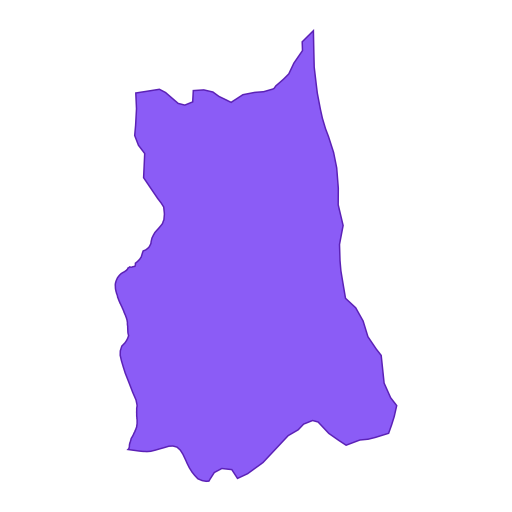 As Sawd, Hajjah, Yemen
{"feature_id": "15242507B88487972581206", "entity_name": "As Sawd", "entity_type": "district", "adm_level": 2, "iso_a3": "YEM", "parent_name": "Yemen", "parent_adm1": "Hajjah", "projection": "equal_earth", "projection_center": [43.734, 15.824], "detail": "fine", "context": "isolated", "style": "filled", "palette": "violet", "viewbox_px": 512, "rotation_deg": 0, "n_neighbors": 0, "source": "geoboundaries", "source_scale": "gbopen_adm2", "svg_char_len": 4088}
<svg xmlns="http://www.w3.org/2000/svg" viewBox="0 0 512 512"><path d="M138.7,145.6L144.4,153.1L144.6,153.4L144.7,153.5L144.1,167.0L143.6,177.7L157.7,198.5L161.1,202.9L163.7,207.0L164.3,212.7L164.4,214.3L163.9,219.9L163.2,221.4L162.8,222.8L162.2,224.0L161.0,225.5L160.0,226.7L158.9,228.0L156.3,230.9L154.9,232.5L153.3,235.3L152.0,238.0L151.2,241.2L150.9,243.5L150.2,245.0L149.2,246.9L147.8,248.3L145.6,250.0L143.2,250.9L142.6,252.5L141.2,257.1L141.0,257.3L139.8,259.1L138.3,260.7L136.7,262.2L135.4,263.2L135.4,264.8L134.9,266.4L132.8,266.7L131.8,267.2L130.8,267.2L129.7,266.9L128.8,267.7L128.1,267.9L127.9,268.4L127.6,268.8L127.4,269.4L126.7,269.9L126.4,270.5L125.9,270.6L124.8,271.5L124.2,271.9L123.8,272.0L123.3,272.4L122.9,272.5L122.1,273.0L121.5,273.4L121.1,273.6L120.7,274.1L120.1,274.6L119.8,274.9L119.3,275.5L119.0,275.8L118.7,276.2L118.1,277.0L117.7,277.5L117.3,278.2L117.2,278.4L117.0,278.9L116.8,279.4L116.4,280.2L116.2,280.8L115.9,281.5L115.8,282.2L115.5,282.9L115.4,283.7L115.3,284.3L115.3,285.2L115.3,285.8L115.4,286.9L115.4,288.1L115.5,288.6L115.6,289.6L115.9,290.7L116.0,291.4L116.3,292.2L116.4,292.9L116.6,293.4L116.7,293.8L117.1,294.7L117.4,295.8L117.6,296.7L117.6,297.1L117.8,297.6L118.0,298.1L118.3,298.6L118.5,299.5L118.8,300.1L119.1,300.9L119.3,301.4L119.7,302.2L119.8,302.6L120.0,303.1L120.6,304.1L120.8,304.6L121.0,305.1L121.5,306.1L121.9,306.9L122.2,307.6L122.5,308.4L123.0,309.4L123.3,310.1L123.6,310.9L123.9,311.5L124.1,312.4L124.3,312.7L124.5,313.2L125.0,314.4L125.4,315.2L125.6,315.7L125.7,316.1L126.1,317.2L126.4,317.7L126.5,318.4L126.7,319.0L126.9,319.5L127.1,320.5L127.2,321.3L127.4,322.0L127.4,323.1L127.4,324.3L127.5,325.2L127.6,325.7L127.7,326.3L127.7,327.1L127.7,327.7L127.9,332.1L128.0,333.1L128.3,334.4L128.6,335.8L127.5,338.7L126.3,340.9L125.0,342.8L121.8,346.1L120.3,350.9L120.2,355.3L121.4,360.6L123.3,367.0L124.5,370.8L125.2,373.0L125.3,373.3L128.7,381.9L132.7,392.3L136.0,399.9L136.9,404.2L137.1,405.8L137.1,406.2L136.9,406.8L136.8,407.7L136.7,408.3L136.7,409.1L136.7,409.7L136.7,410.5L136.7,411.3L136.6,412.1L136.7,412.8L136.7,413.5L136.7,414.2L136.7,415.4L136.7,416.0L136.8,416.8L136.9,417.6L136.9,418.6L137.1,419.7L137.1,420.8L137.1,421.8L137.1,422.4L137.1,423.3L137.1,423.9L136.9,424.8L136.9,425.4L136.7,425.9L136.7,426.7L136.6,427.2L136.3,427.8L136.1,428.3L135.8,429.3L135.4,430.1L135.1,430.6L135.0,431.5L134.7,431.9L134.3,432.5L134.1,433.0L133.8,433.6L133.6,434.2L133.4,434.6L133.1,435.2L132.7,435.9L132.5,436.5L132.1,436.9L131.9,437.4L131.6,437.8L131.3,438.3L131.1,438.8L130.9,439.6L130.8,440.3L130.5,441.0L130.3,442.0L130.0,442.4L129.8,443.4L129.6,443.9L129.5,444.6L129.4,445.3L129.4,446.4L129.1,447.8L128.7,448.8L128.0,449.5L138.2,450.9L140.7,451.2L142.6,451.4L145.9,451.5L146.7,451.6L150.6,451.3L155.1,450.2L159.2,449.0L164.2,447.6L168.9,446.2L170.7,446.1L172.9,446.0L177.0,447.1L180.3,450.1L182.9,454.2L184.9,458.4L186.1,461.0L187.1,463.3L189.3,467.7L191.5,471.2L191.9,471.9L194.7,475.4L197.9,478.8L202.2,480.6L206.2,481.3L208.9,481.1L210.0,479.2L214.3,472.5L221.8,468.5L231.8,469.6L237.5,478.4L247.6,473.7L263.0,462.5L288.2,435.6L298.2,429.8L303.6,424.1L312.6,420.5L318.1,422.0L328.8,433.4L335.5,438.1L338.8,440.4L346.1,445.2L359.9,440.0L368.2,439.2L375.4,437.4L388.6,433.3L391.6,424.9L394.2,416.6L396.7,405.6L390.6,397.7L384.1,383.1L381.2,355.5L381.1,355.3L376.2,349.0L367.9,336.7L363.1,321.0L359.5,314.6L355.7,307.8L345.5,298.3L343.5,286.5L340.9,270.9L340.0,260.6L339.5,244.4L343.1,225.5L338.2,204.8L338.3,188.2L336.7,167.9L333.6,152.5L328.5,136.6L325.5,128.7L322.4,118.3L320.4,109.3L317.3,93.1L316.2,84.1L314.2,67.1L313.8,50.7L313.4,30.7L302.2,41.8L302.5,50.6L293.9,63.1L288.8,73.9L283.5,79.2L277.9,84.1L275.9,85.8L274.0,88.5L272.0,89.4L271.9,89.3L263.7,91.7L254.7,92.4L242.9,94.7L231.8,101.9L231.2,102.4L218.9,96.4L212.9,92.0L203.8,89.9L193.3,90.6L192.7,101.9L184.8,105.1L178.1,103.4L176.2,101.7L175.5,101.1L175.0,100.7L166.1,93.0L165.7,92.6L159.4,89.3L142.9,91.9L141.5,92.1L135.8,93.0L136.5,108.8L136.2,114.5L135.8,121.9L135.6,125.4L134.7,135.5L138.5,145.4L138.7,145.6Z" fill="#8b5cf6" stroke="#5b21b6" stroke-width="1.5"/></svg>